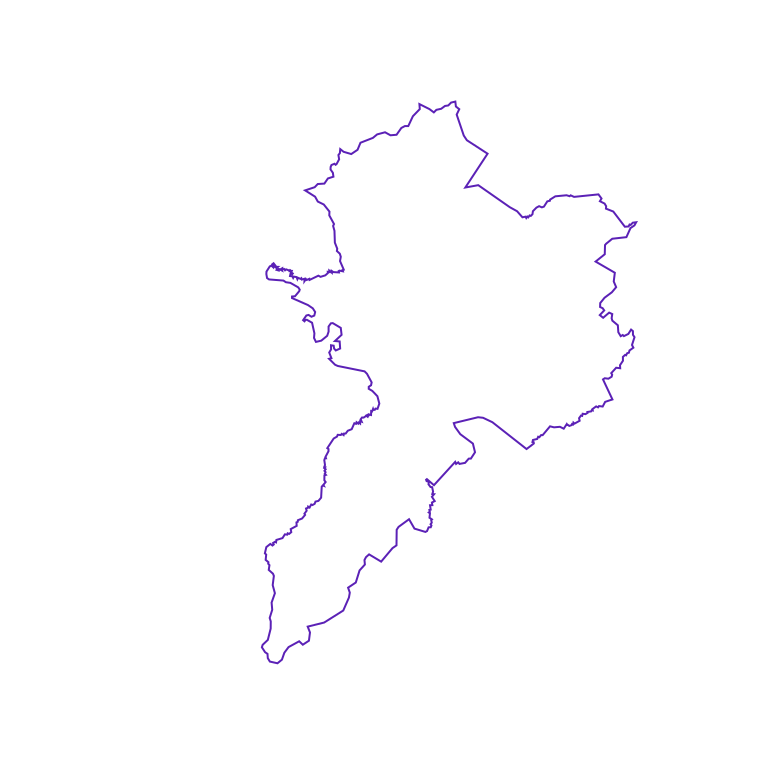 Phatthana Nikhom, Lop Buri, Thailand (Mercator projection), rotated 130°
{"feature_id": "78962969B79336823400406", "entity_name": "Phatthana Nikhom", "entity_type": "district", "adm_level": 2, "iso_a3": "THA", "parent_name": "Thailand", "parent_adm1": "Lop Buri", "projection": "mercator", "projection_center": [101.069, 14.9], "detail": "fine", "context": "isolated", "style": "outline", "palette": "violet", "viewbox_px": 768, "rotation_deg": 130, "n_neighbors": 0, "source": "geoboundaries", "source_scale": "gbopen_adm2", "svg_char_len": 6165}
<svg xmlns="http://www.w3.org/2000/svg" viewBox="0 0 768 768"><g transform="rotate(130 384 384)"><path d="M187.1,222.2L186.3,224.9L183.5,227.3L183.5,229.7L188.6,229.0L193.1,231.0L193.0,232.6L195.2,233.4L193.7,237.8L188.7,242.6L188.7,249.8L187.3,251.9L183.7,254.1L184.6,257.4L192.4,258.7L192.5,263.0L186.1,262.6L185.4,265.2L186.1,268.0L183.0,270.4L176.2,270.5L167.2,268.4L160.6,268.4L157.8,273.9L150.4,278.7L154.2,300.6L142.7,298.3L135.5,304.0L133.8,304.0L126.0,302.5L115.7,292.7L106.1,295.4L101.5,294.1L98.0,294.8L100.5,297.1L103.6,297.3L104.0,298.4L106.1,297.9L108.7,300.6L104.5,319.2L107.0,326.7L105.0,328.1L104.0,331.0L105.2,336.1L102.1,336.6L100.9,341.6L118.5,358.7L119.5,362.3L120.8,362.5L122.1,365.5L130.1,373.4L136.0,375.3L137.0,374.7L139.1,376.3L145.3,375.5L147.2,376.6L148.1,379.5L150.9,380.6L155.9,381.0L158.5,379.4L160.9,379.6L161.3,380.8L163.6,380.6L163.6,381.8L165.4,381.7L164.8,383.1L167.3,385.1L166.1,393.1L167.7,401.3L171.1,439.6L181.2,448.0L141.0,452.7L144.0,477.2L142.4,482.6L130.9,501.5L125.1,503.0L125.2,507.3L121.8,510.9L125.3,513.5L129.3,513.8L131.8,516.0L136.4,517.1L140.3,520.1L143.9,520.4L144.2,525.9L146.8,536.8L150.4,533.3L160.3,534.0L170.8,531.2L173.0,533.8L176.7,535.3L185.0,534.6L189.3,538.9L190.5,545.0L197.2,549.7L202.6,550.7L214.3,557.1L221.6,554.8L228.9,556.9L232.1,564.2L232.2,568.5L235.5,566.2L237.9,566.1L240.7,562.8L246.1,561.7L247.2,562.0L247.1,563.5L250.0,565.0L252.0,564.4L254.0,562.9L255.1,558.9L257.7,556.0L262.6,559.1L268.8,558.5L273.4,563.3L277.8,563.6L286.4,568.9L284.8,557.2L286.8,552.0L285.2,545.5L287.0,536.6L290.0,534.3L293.6,525.1L295.6,524.6L298.5,520.4L307.3,512.5L310.4,506.8L312.4,505.6L312.6,501.6L314.3,498.9L318.1,496.7L322.3,488.3L323.4,489.0L324.1,487.9L325.8,491.0L326.7,491.3L327.5,490.2L330.8,494.7L331.0,496.7L332.3,495.5L332.3,498.8L333.4,497.8L334.2,499.2L335.1,498.3L338.5,498.8L342.7,501.5L343.2,503.9L352.1,507.9L351.4,508.8L354.0,510.1L353.8,511.2L356.4,511.0L354.4,512.5L356.8,514.1L356.1,515.3L357.1,515.5L357.9,518.1L359.4,517.7L358.3,519.7L359.7,522.1L361.1,521.8L360.4,523.4L361.7,525.4L358.8,526.9L358.9,524.9L358.0,524.9L358.1,526.8L356.7,527.3L358.0,528.7L356.3,529.2L357.9,529.3L359.1,532.7L360.5,532.9L360.1,534.4L361.6,535.3L360.6,536.3L362.0,536.8L362.7,535.3L363.4,538.4L364.7,537.5L365.6,539.6L364.5,539.6L364.3,541.2L362.7,540.8L364.2,542.6L363.2,542.9L362.5,546.2L363.9,546.5L363.7,545.2L365.8,543.8L365.7,546.2L367.3,547.1L373.4,546.3L375.4,544.8L378.0,541.7L377.8,539.3L369.4,527.5L369.1,524.6L366.7,520.7L365.1,511.8L365.9,509.2L367.4,508.6L374.0,508.6L376.1,510.7L377.3,509.7L372.4,493.0L371.8,487.2L373.1,483.0L376.4,481.4L379.1,482.8L379.6,486.2L381.4,487.5L387.1,487.0L387.1,485.2L385.2,485.3L384.4,484.4L383.3,478.5L389.9,469.9L393.7,467.2L395.5,463.2L391.1,459.9L383.6,458.5L379.5,460.1L375.6,463.4L371.7,463.7L370.3,462.4L368.8,453.2L373.6,448.1L382.6,449.2L379.9,445.3L385.0,440.4L389.3,442.5L388.9,445.0L387.0,447.2L388.4,449.5L391.5,446.8L395.1,446.2L398.0,440.9L400.0,442.3L400.7,433.8L399.9,431.0L386.8,407.0L387.1,403.6L390.7,394.5L393.3,393.1L395.9,393.9L397.5,392.6L396.8,388.5L397.6,381.2L402.0,375.0L407.2,373.0L408.3,374.7L410.6,374.4L409.5,374.7L410.7,375.4L410.1,376.4L412.7,375.5L413.0,376.4L416.1,374.0L416.8,375.4L418.0,375.5L417.3,376.4L418.7,377.0L418.4,375.7L419.6,375.4L419.7,377.1L422.8,378.0L423.8,379.3L426.0,379.2L427.2,376.9L427.7,378.4L429.6,376.9L429.6,378.5L430.8,378.2L430.9,380.4L433.0,379.2L432.3,380.1L433.1,381.5L439.4,379.7L443.1,381.7L446.6,381.5L447.7,382.8L449.1,382.1L449.3,384.3L450.8,384.3L452.7,386.8L454.5,386.2L458.1,387.5L469.6,386.2L469.5,384.7L471.2,383.3L477.4,382.0L478.2,380.7L478.9,381.5L480.7,380.8L484.0,377.1L485.8,376.5L485.5,375.6L486.8,375.7L486.8,373.9L488.8,373.8L489.1,372.1L490.8,371.7L491.0,370.1L492.3,370.9L496.1,367.8L496.6,365.7L500.3,365.6L500.7,364.6L501.1,365.7L502.7,365.7L511.5,359.1L515.7,359.1L518.1,360.9L520.4,360.1L522.7,361.0L523.1,362.3L526.5,361.6L526.7,363.3L527.7,362.7L529.5,363.7L530.8,361.8L534.5,361.6L535.0,360.3L539.7,360.3L543.7,362.4L545.0,361.5L546.3,362.1L548.8,359.7L555.1,362.2L557.1,359.8L559.8,360.3L560.3,361.8L561.6,361.3L562.9,363.3L567.3,362.7L572.6,366.2L574.7,364.9L575.0,366.1L577.1,366.8L577.8,365.3L579.4,365.6L579.6,368.3L584.6,369.3L590.3,366.4L590.4,364.6L594.8,361.6L594.8,358.0L596.1,357.2L596.4,355.3L600.5,352.8L600.7,347.1L601.8,345.0L609.6,340.0L614.4,333.1L623.7,329.6L628.8,324.5L636.7,321.2L638.6,318.2L644.2,313.6L654.7,308.5L661.8,309.3L664.2,308.3L665.9,302.7L665.6,299.8L668.7,296.8L670.0,293.0L666.4,286.1L660.8,285.0L653.9,287.6L646.9,288.0L635.6,283.6L635.9,278.6L628.9,276.5L621.9,281.0L618.9,286.5L605.2,276.5L583.7,269.6L570.1,273.6L565.8,276.1L563.1,280.6L554.2,278.0L542.5,282.9L534.6,282.6L531.4,285.8L528.2,286.5L524.1,285.9L521.9,272.0L504.3,272.0L499.6,270.7L487.5,280.6L484.1,281.0L471.5,277.9L475.2,267.7L470.7,257.2L469.0,256.5L465.1,257.7L463.7,256.1L461.9,256.7L461.5,258.2L459.5,258.3L458.0,260.3L456.9,260.2L457.2,263.2L453.6,265.6L453.6,267.1L452.5,266.7L451.3,268.3L450.2,267.5L447.3,270.8L445.7,269.1L444.0,271.1L441.1,269.9L439.6,274.8L436.2,274.8L437.2,276.3L434.9,277.2L432.1,280.8L433.0,282.2L432.2,285.5L430.1,286.7L431.0,288.9L430.3,290.2L429.3,290.0L429.4,280.7L397.9,279.4L398.9,277.4L396.3,276.8L396.7,274.8L392.3,271.2L386.7,271.1L385.3,269.5L377.8,270.4L372.5,277.6L373.4,293.3L371.2,302.0L369.1,305.4L349.0,290.6L346.2,286.4L343.6,276.4L342.2,233.0L333.3,231.0L332.4,231.9L333.0,233.0L331.1,233.9L327.6,231.3L325.3,232.0L324.9,230.8L322.1,230.8L321.2,229.6L309.7,229.6L307.9,225.9L303.7,221.7L302.7,217.6L297.5,218.2L298.3,216.9L297.2,217.6L297.0,215.1L294.8,213.8L293.8,214.2L293.5,213.2L291.8,214.1L291.9,212.6L286.4,210.5L284.8,212.6L281.5,212.8L281.0,211.7L279.1,212.7L277.6,210.3L275.3,209.5L274.7,210.2L271.8,207.7L270.6,208.0L270.1,207.1L269.3,208.2L264.8,207.1L264.3,205.0L262.7,205.1L260.7,202.0L255.5,203.1L249.0,199.1L239.7,219.2L237.7,218.6L235.7,215.5L232.1,214.3L230.2,215.2L229.6,216.9L222.3,216.6L220.1,213.2L217.9,215.3L212.6,215.9L209.7,218.4L206.7,218.0L206.4,217.0L204.1,217.5L202.6,216.5L200.5,217.5L195.9,216.3L194.7,219.1L187.1,222.2Z" fill="none" stroke="#5b21b6" stroke-width="2"/></g></svg>